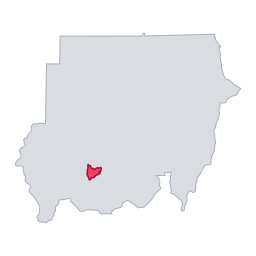 Ghubaish, North Kordufan, Sudan (highlighted)
{"feature_id": "16777658B17931705563902", "entity_name": "Ghubaish", "entity_type": "district", "adm_level": 2, "iso_a3": "SDN", "parent_name": "Sudan", "parent_adm1": "North Kordufan", "projection": "orthographic", "projection_center": [27.423, 12.292], "detail": "fine", "context": "in_parent", "style": "filled", "palette": "rose", "viewbox_px": 256, "rotation_deg": 0, "n_neighbors": 0, "source": "geoboundaries", "source_scale": "gbopen_adm2", "svg_char_len": 4804}
<svg xmlns="http://www.w3.org/2000/svg" viewBox="0 0 256 256"><path d="M184.1,210.8L181.5,210.9L181.2,210.3L181.2,208.6L181.5,207.3L182.4,205.2L182.1,204.1L182.3,202.5L181.5,200.8L175.3,195.7L174.0,194.3L170.7,193.1L171.3,191.6L169.7,181.0L170.3,179.8L170.5,177.9L170.4,176.3L171.2,173.5L171.2,172.4L164.7,172.4L164.7,173.6L165.0,174.9L165.0,175.4L155.9,175.6L159.6,179.7L159.8,181.6L159.6,183.8L159.7,185.3L159.9,186.3L160.9,188.1L160.9,188.5L160.6,188.9L154.3,194.6L153.2,197.2L152.4,198.5L150.5,200.8L144.6,206.8L143.7,207.3L139.1,207.5L138.7,207.7L138.3,208.0L138.2,207.9L134.2,204.5L127.7,200.3L123.4,202.6L122.2,203.4L122.2,205.4L121.6,206.4L120.4,207.5L117.2,208.3L115.5,208.9L113.6,210.0L111.6,211.9L111.5,212.9L111.7,213.8L100.7,213.8L99.9,213.1L98.3,210.0L97.2,210.2L87.2,209.8L85.7,210.1L82.8,211.4L81.4,211.6L79.9,211.0L74.6,204.8L73.5,204.1L72.3,202.6L71.2,202.0L70.8,201.5L70.7,200.8L70.7,199.5L70.4,198.6L69.5,198.4L62.4,199.8L61.4,199.6L59.9,199.9L59.4,200.1L58.8,200.9L58.7,202.6L58.5,203.5L58.0,204.4L55.9,206.5L55.5,207.4L55.5,209.7L55.4,210.9L55.1,211.4L54.2,212.3L53.9,212.8L53.5,215.7L52.4,217.5L52.1,218.1L52.0,219.4L51.8,219.8L48.6,220.8L47.4,221.4L46.7,222.4L46.5,222.9L45.1,222.5L43.4,222.2L40.0,221.8L38.7,221.4L38.0,220.6L38.3,218.9L37.9,218.5L37.4,218.1L37.0,217.4L37.1,216.4L38.9,214.4L39.3,213.3L39.8,208.1L39.7,206.5L38.3,203.6L35.2,198.5L34.4,197.5L30.5,193.3L30.0,192.7L29.1,190.9L30.2,187.1L30.3,186.1L30.0,185.0L29.0,184.1L28.1,184.0L27.0,183.0L26.2,182.5L25.5,181.6L25.1,180.3L25.5,175.8L25.3,175.2L24.2,175.0L24.0,174.7L24.1,173.8L23.6,171.3L23.0,169.1L23.3,168.0L22.5,166.3L20.9,165.6L17.7,166.1L16.7,166.0L16.1,165.7L15.6,165.1L15.4,164.4L15.6,163.3L16.5,161.4L17.7,159.9L20.0,158.5L20.6,157.7L21.0,156.9L21.1,155.9L21.0,154.9L20.7,154.0L20.1,152.7L19.5,151.2L19.5,150.3L19.8,149.6L20.4,148.7L22.7,147.1L25.1,145.8L25.5,145.3L25.4,144.7L24.3,143.5L24.0,141.3L23.5,139.8L24.7,138.6L25.5,138.3L26.9,137.9L27.4,137.4L27.6,136.5L27.6,135.6L28.1,135.0L28.8,133.6L29.3,133.0L31.1,131.3L31.5,130.3L31.7,129.2L31.2,126.1L32.3,124.8L33.6,123.8L35.5,123.9L38.4,123.7L40.3,123.3L41.8,123.3L45.0,123.9L45.3,123.7L45.5,122.9L46.5,63.9L59.6,64.0L59.7,63.9L60.2,36.2L141.3,36.1L142.0,35.9L143.2,33.3L143.7,33.1L144.6,33.3L144.9,33.9L144.3,36.0L214.6,34.2L215.0,37.4L215.7,39.9L217.9,43.4L219.7,45.3L220.4,46.3L220.5,46.8L220.4,47.3L219.9,46.8L219.0,46.5L219.0,48.2L219.6,51.6L220.5,54.0L220.1,56.3L220.4,60.1L221.5,64.6L221.5,67.6L223.4,74.4L225.0,78.1L225.9,79.0L226.8,79.5L228.5,79.7L231.2,81.6L233.3,83.5L234.1,84.6L235.1,85.7L235.7,85.5L236.1,85.1L236.8,86.0L240.1,88.0L240.6,88.9L239.6,89.9L238.3,91.5L237.8,93.0L237.5,93.5L236.5,94.5L236.3,95.0L235.9,95.3L235.4,95.3L234.3,95.8L233.3,95.7L232.4,96.1L232.0,96.4L231.2,96.8L230.2,97.0L228.6,98.3L227.2,99.0L226.7,99.5L226.1,102.0L225.6,102.7L223.4,102.9L222.4,103.1L221.0,102.9L220.3,102.9L220.1,103.5L219.9,105.6L220.0,106.6L218.9,109.1L219.5,113.7L218.5,117.2L218.4,118.0L217.3,120.7L216.7,121.8L215.4,126.9L214.9,128.5L213.7,130.2L215.5,142.5L214.6,146.3L214.7,148.3L214.0,151.4L213.5,152.8L212.6,154.5L211.8,156.5L211.2,159.0L210.9,163.7L210.7,164.2L206.8,164.9L205.6,165.2L204.8,165.8L203.8,167.0L201.9,170.4L200.9,172.5L199.4,175.3L197.5,177.4L197.1,178.3L196.9,180.1L196.2,183.0L195.6,185.0L195.8,186.6L195.3,189.4L195.4,190.8L194.7,191.6L193.8,192.3L193.2,192.5L190.5,190.7L188.6,192.1L187.4,193.9L186.5,195.8L187.1,199.6L187.1,200.5L186.8,201.4L185.1,205.3L184.6,207.0L184.1,210.1L184.1,210.8Z" fill="#d9dde1" stroke="#a8b0b8" stroke-width="1"/><path d="M101.3,169.0L101.3,168.7L101.0,167.7L100.6,167.6L100.3,167.5L98.8,168.2L97.7,167.8L96.5,168.1L94.9,169.5L94.6,169.3L94.1,169.3L93.9,168.9L93.5,168.5L93.0,168.5L92.4,168.5L92.0,168.4L91.7,168.4L91.1,167.5L90.7,166.6L90.3,165.7L89.1,165.2L88.2,164.6L88.0,164.9L88.0,165.2L88.0,165.3L87.9,165.6L87.9,165.8L87.9,166.0L87.9,166.6L87.9,167.0L88.0,167.3L88.0,167.5L87.9,168.1L87.5,169.9L87.4,170.2L87.4,170.4L87.3,170.6L87.2,170.8L87.3,171.0L87.3,171.7L87.3,171.9L87.3,172.2L87.3,172.3L87.3,172.6L87.3,172.9L87.3,173.2L87.2,173.5L87.2,173.8L87.1,174.1L87.1,174.3L87.1,174.8L87.3,175.2L87.5,175.5L87.9,176.2L87.9,176.3L88.1,176.8L88.4,177.3L88.5,177.6L88.7,177.9L88.7,178.0L88.8,178.3L89.0,178.9L89.2,179.6L89.5,179.8L90.2,179.7L90.6,179.2L91.2,178.6L91.4,178.1L91.8,177.8L92.0,177.6L92.4,177.4L93.7,177.6L93.9,177.5L94.2,177.4L94.3,177.1L94.4,176.8L94.6,176.4L95.0,176.3L95.4,176.2L95.8,175.7L95.9,175.4L96.1,175.1L96.3,174.9L96.5,174.7L97.0,174.7L97.3,174.8L97.5,174.8L98.0,174.7L98.5,174.3L98.8,173.8L99.3,173.7L99.6,173.7L99.9,173.4L100.1,172.9L99.9,172.6L99.8,172.4L99.4,172.3L99.2,172.2L99.0,171.8L99.2,171.7L99.7,171.6L100.4,171.5L100.9,171.1L100.9,170.7L100.9,170.0L100.9,169.5L101.2,169.1L101.3,169.0Z" fill="#f43f5e" stroke="#9f1239" stroke-width="1.5"/></svg>